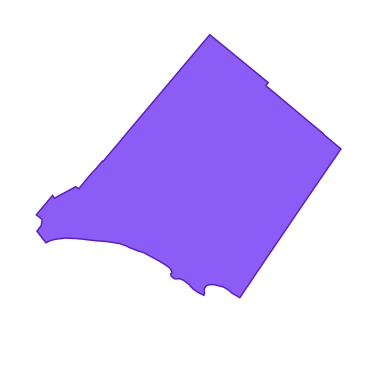 San Diego, California, United States of America, rotated 310°
{"feature_id": "52423323B47648516235098", "entity_name": "San Diego", "entity_type": "district", "adm_level": 2, "iso_a3": "USA", "parent_name": "United States of America", "parent_adm1": "California", "projection": "natural_earth1", "projection_center": [-117.088, 33.02], "detail": "fine", "context": "isolated", "style": "filled", "palette": "violet", "viewbox_px": 384, "rotation_deg": 310, "n_neighbors": 0, "source": "geoboundaries", "source_scale": "gbopen_adm2", "svg_char_len": 1190}
<svg xmlns="http://www.w3.org/2000/svg" viewBox="0 0 384 384"><g transform="rotate(310 192 192)"><path d="M59.2,112.8L63.5,114.6L67.7,117.5L75.0,124.2L81.3,132.4L85.5,138.4L93.2,150.2L95.0,152.5L100.1,159.9L106.1,170.0L108.4,176.1L109.3,180.1L112.2,188.7L114.4,193.5L114.9,196.1L118.0,211.0L119.0,217.7L119.5,223.3L119.3,223.9L118.7,226.5L117.9,228.0L117.2,228.8L115.6,228.2L114.3,230.0L114.1,230.8L114.3,234.5L117.8,238.6L118.9,242.1L119.3,249.4L118.8,251.1L118.4,255.2L118.9,260.8L120.5,267.5L122.2,267.0L124.4,264.5L126.3,263.5L129.1,263.2L129.8,263.5L132.0,264.8L134.0,266.9L135.6,269.3L139.2,276.6L139.7,278.4L140.3,283.0L140.3,285.5L140.2,287.6L141.0,291.9L141.7,296.6L142.8,296.5L152.7,295.4L159.0,294.8L173.2,293.2L176.3,293.0L188.8,291.6L189.5,291.5L229.2,287.5L244.4,285.9L302.3,280.2L317.2,278.8L319.0,278.5L320.7,278.4L320.7,256.2L321.1,255.1L321.0,238.5L320.9,180.1L324.8,180.1L323.9,104.5L319.1,104.5L194.8,104.2L189.1,104.3L188.2,104.3L158.2,104.2L158.1,103.5L148.0,103.5L138.9,103.0L121.9,103.2L121.2,99.5L119.8,98.9L118.2,98.3L107.2,93.9L98.7,90.5L99.8,87.4L74.4,87.4L74.6,95.0L69.3,98.1L62.3,98.4L59.2,112.8Z" fill="#8b5cf6" stroke="#5b21b6" stroke-width="1.5"/></g></svg>